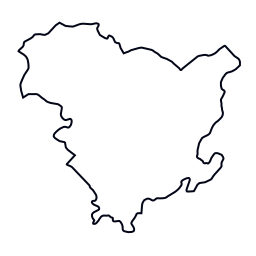 the border of Zabul, rotated 181°
{"feature_id": "AFG-1755", "entity_name": "Zabul", "entity_type": "Province", "adm_level": 1, "iso_a3": "AFG", "parent_name": "Afghanistan", "parent_adm1": "", "projection": "mercator", "projection_center": [67.11, 32.305], "detail": "fine", "context": "isolated", "style": "outline", "palette": "ink", "viewbox_px": 256, "rotation_deg": 181, "n_neighbors": 0, "source": "natural_earth", "source_scale": "10m", "svg_char_len": 5376}
<svg xmlns="http://www.w3.org/2000/svg" viewBox="0 0 256 256"><g transform="rotate(181 128 128)"><path d="M238.8,202.9L238.3,203.9L234.5,207.5L233.9,208.7L233.5,211.6L232.9,212.5L226.8,215.9L224.8,217.5L223.5,219.3L222.3,220.0L217.6,220.3L214.1,219.7L212.5,219.7L209.3,221.3L202.1,229.4L198.3,232.1L192.5,229.1L191.5,228.9L187.2,228.5L184.5,228.5L178.3,230.9L176.6,231.3L174.7,231.5L166.8,231.1L166.1,231.2L162.5,232.0L161.9,232.1L161.2,232.1L160.6,232.0L160.0,231.8L159.4,231.5L159.2,231.1L159.1,230.5L159.4,229.5L160.4,227.6L160.6,227.1L160.1,225.0L157.7,220.5L152.5,217.5L150.6,217.0L150.1,217.3L149.8,217.8L149.2,219.4L148.8,219.9L148.5,220.1L148.2,220.1L146.9,219.6L145.7,219.0L144.9,218.3L144.1,217.3L142.5,213.8L142.3,213.6L141.9,213.4L141.1,213.0L140.3,212.8L138.7,212.6L138.4,212.5L138.1,212.0L136.8,207.9L133.6,202.6L128.7,204.5L126.2,205.9L118.1,208.3L115.6,208.6L110.3,207.5L107.1,206.8L106.5,206.7L105.5,206.4L104.5,205.9L102.6,204.5L100.0,203.1L97.9,201.4L97.0,200.5L96.1,199.7L94.9,199.2L90.3,197.7L85.2,195.0L83.4,193.2L77.9,188.7L77.5,188.1L76.6,187.0L76.2,186.9L75.7,187.0L74.4,188.5L59.7,200.7L58.4,201.3L53.3,202.4L51.5,202.4L50.3,202.2L49.8,201.9L49.3,201.7L48.8,201.7L46.4,202.2L44.3,203.1L42.0,204.4L40.6,205.6L37.8,208.5L33.1,211.8L32.4,211.8L32.1,211.6L22.8,201.8L19.1,199.4L18.6,199.0L18.1,198.3L17.5,197.0L17.2,195.9L17.2,192.6L21.0,188.9L22.6,187.8L25.4,186.3L29.7,185.0L30.3,184.7L30.7,184.3L31.8,183.1L34.2,179.6L35.6,176.2L35.9,175.2L35.8,171.8L35.0,168.8L34.0,168.0L32.7,167.2L32.2,166.7L32.0,166.1L32.1,165.2L33.6,161.7L35.2,158.8L35.5,158.1L35.6,157.4L35.0,154.4L34.9,151.3L34.8,151.0L34.7,150.7L34.4,149.8L34.3,148.0L34.1,147.3L33.6,145.9L33.4,144.8L33.4,143.7L33.7,142.2L34.4,140.8L35.0,139.9L37.9,136.9L40.6,134.8L42.5,132.5L43.8,130.1L44.4,128.7L46.0,124.3L46.8,123.4L48.1,122.4L52.2,120.3L53.3,119.6L53.8,119.2L55.3,116.5L56.5,114.3L56.7,113.6L58.0,107.4L58.1,106.5L58.1,105.7L58.0,103.4L58.0,102.8L58.5,101.4L58.5,100.7L58.3,99.9L57.7,99.3L56.9,98.8L55.7,98.4L55.3,98.2L54.5,97.5L53.2,96.6L52.8,96.3L52.6,95.9L52.1,95.0L51.8,94.5L51.3,94.2L50.5,94.0L49.3,94.3L48.8,94.3L48.3,94.2L47.9,94.0L47.6,93.9L47.1,94.0L46.6,94.5L45.8,95.5L45.3,96.4L44.0,99.7L41.5,103.4L40.9,104.0L40.1,104.4L38.5,104.4L37.6,104.3L33.9,102.8L32.8,101.2L32.4,100.4L32.1,99.6L32.0,99.0L32.3,98.2L33.7,95.4L33.9,94.0L33.9,92.9L33.8,91.9L33.9,91.1L35.0,89.5L40.6,83.1L42.1,81.1L43.5,78.7L44.5,77.8L50.0,75.1L55.6,74.2L57.5,72.6L61.0,66.0L66.1,65.5L67.9,65.6L68.2,66.0L68.4,66.4L68.4,67.1L68.1,68.4L65.5,76.3L65.3,77.3L65.4,77.8L65.5,78.3L65.7,78.5L65.9,78.8L66.4,79.1L67.4,79.0L68.9,78.6L71.6,77.3L72.9,76.4L73.7,75.4L73.7,74.6L73.4,73.0L73.5,72.3L73.7,71.7L74.0,71.1L75.9,68.5L77.7,66.7L79.6,65.1L87.2,60.3L88.0,59.6L89.3,58.9L90.9,58.5L94.4,58.2L97.3,58.3L98.0,58.2L98.7,57.7L100.8,56.1L102.2,56.0L103.2,56.4L104.4,57.2L105.1,57.4L106.0,57.7L107.0,57.7L107.7,57.6L108.2,57.4L109.1,56.8L109.7,56.6L110.3,56.3L110.8,55.7L111.6,54.3L112.1,53.5L112.4,52.1L112.6,51.1L113.1,43.0L116.7,43.0L117.3,42.6L118.0,42.1L118.2,41.4L118.5,40.7L119.9,38.1L121.9,35.3L122.7,33.9L123.0,32.9L122.9,32.4L122.6,31.8L121.0,29.4L120.5,28.3L120.1,27.3L120.1,26.1L120.3,25.4L120.7,24.9L121.3,24.6L122.8,24.1L126.0,23.9L129.4,24.6L130.4,25.0L131.0,25.5L131.3,26.0L131.5,26.6L131.7,29.4L132.0,30.7L132.6,32.0L133.7,33.8L134.5,34.5L135.0,34.9L135.5,34.9L139.1,34.4L140.3,34.4L140.8,34.5L141.2,34.8L141.4,35.2L141.6,35.7L141.6,36.1L141.5,37.1L141.6,37.7L142.0,38.0L143.6,38.5L144.3,39.0L145.3,40.0L145.8,40.2L146.5,40.2L147.3,40.0L150.9,40.0L151.7,39.8L152.4,39.5L153.0,39.1L153.6,38.5L154.6,37.1L156.0,34.8L157.9,32.5L158.4,32.1L159.1,31.7L160.4,31.5L161.0,31.7L161.2,32.0L161.2,32.4L161.1,32.9L160.9,33.3L160.5,34.1L160.3,34.5L160.2,34.9L160.2,35.2L160.2,35.3L160.4,35.5L161.0,36.2L161.5,36.9L161.7,37.2L162.0,37.9L162.3,38.6L162.5,39.5L162.5,40.3L162.4,41.0L162.1,41.7L161.7,42.2L161.2,42.7L160.6,43.2L156.1,45.6L155.6,46.1L155.4,46.8L155.5,47.5L156.1,48.6L156.8,49.1L160.8,50.8L161.8,51.5L162.4,52.2L162.7,52.8L162.8,53.3L162.7,53.7L162.5,54.0L162.2,54.3L161.7,54.5L160.0,54.6L159.6,54.8L159.3,55.1L158.9,55.6L158.6,56.2L158.4,56.8L158.3,57.5L158.3,59.0L158.8,60.6L161.8,65.1L164.8,67.8L165.1,68.3L165.3,69.6L165.7,70.1L183.2,87.8L184.4,88.6L188.3,90.2L188.6,90.6L188.4,91.0L180.6,99.8L187.9,105.2L189.8,107.5L190.7,112.2L191.1,112.6L191.4,112.8L195.8,113.6L196.7,114.0L200.5,116.4L201.5,117.4L202.1,118.3L202.1,119.0L202.0,119.8L201.7,120.5L201.2,121.3L199.7,123.0L197.7,124.8L195.7,126.3L192.5,127.9L191.9,128.0L191.4,128.1L191.1,128.1L189.9,127.9L188.1,127.4L187.7,127.4L187.4,127.5L187.0,127.7L186.4,128.2L185.8,129.0L185.1,130.2L184.7,131.6L184.4,133.6L184.6,134.8L185.0,135.6L185.5,135.9L185.9,136.1L186.3,136.1L189.6,135.0L190.3,134.9L190.8,134.9L191.2,135.0L191.8,135.2L192.6,135.8L193.6,136.7L194.8,138.3L195.2,139.5L195.4,140.7L194.6,146.0L194.5,147.2L194.7,147.9L195.1,148.4L196.2,149.2L197.9,150.3L198.6,150.6L205.8,151.7L208.0,152.4L209.6,153.0L211.9,154.9L215.0,157.0L216.8,158.5L218.3,159.6L219.4,160.1L220.5,160.3L228.1,160.1L228.8,159.7L233.4,156.6L235.4,163.1L236.3,168.2L236.3,169.2L236.3,169.6L236.0,170.9L234.6,174.6L232.5,179.4L229.1,184.7L228.6,185.7L228.5,186.5L228.5,187.3L228.6,189.4L229.0,192.1L229.3,193.5L229.6,194.7L230.2,196.0L230.8,197.0L231.7,198.1L233.7,199.7L238.0,202.3L238.8,202.9L238.8,202.9Z" fill="none" stroke="#020617" stroke-width="2"/></g></svg>